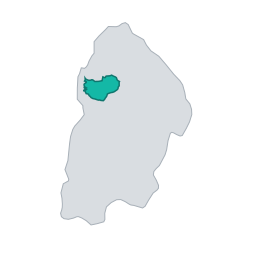 where Daga sits in Bhutan, rotated 102°
{"feature_id": "BTN-2434", "entity_name": "Daga", "entity_type": "District", "adm_level": 1, "iso_a3": "BTN", "parent_name": "Bhutan", "parent_adm1": "", "projection": "natural_earth1", "projection_center": [89.858, 27.036], "detail": "fine", "context": "in_parent", "style": "filled", "palette": "teal", "viewbox_px": 256, "rotation_deg": 102, "n_neighbors": 0, "source": "natural_earth", "source_scale": "10m", "svg_char_len": 2672}
<svg xmlns="http://www.w3.org/2000/svg" viewBox="0 0 256 256"><g transform="rotate(102 128 128)"><path d="M202.7,109.2L202.3,110.9L200.6,115.4L199.5,120.2L200.5,124.2L204.4,128.9L209.6,132.7L216.2,133.0L222.3,131.6L224.8,132.2L228.1,138.5L230.5,144.0L227.3,149.6L225.6,154.6L225.0,158.1L225.4,159.6L227.4,162.5L229.7,167.3L230.0,171.8L228.6,174.7L225.4,176.2L222.1,175.8L219.3,175.8L215.9,176.4L210.4,178.0L205.4,180.1L196.0,179.7L192.2,175.3L190.4,175.3L181.8,181.0L172.4,180.0L155.3,181.9L148.2,182.4L140.9,181.7L137.2,180.5L130.3,176.5L124.0,173.6L117.7,176.3L115.5,176.8L110.4,183.6L99.3,185.9L88.3,187.6L85.1,186.7L78.9,186.2L78.7,184.6L78.8,183.1L77.4,181.8L74.9,180.6L70.6,180.0L65.0,178.3L61.9,176.7L50.6,179.1L44.0,175.5L36.5,170.5L32.8,168.3L31.4,160.6L30.1,158.2L27.1,155.5L25.5,152.5L26.8,149.3L34.3,143.5L34.9,142.1L38.3,131.1L43.1,127.2L47.8,121.6L51.4,112.8L58.3,103.8L65.8,94.6L71.0,87.0L74.5,83.5L81.6,79.8L87.5,77.5L91.6,72.5L96.6,69.7L101.6,68.4L109.2,69.1L116.3,70.9L124.1,73.4L125.0,75.4L124.3,79.0L123.2,82.6L123.2,84.5L124.4,85.5L132.0,86.2L141.3,85.7L146.6,86.2L158.2,89.5L161.7,91.9L165.2,93.7L168.7,93.4L173.1,89.5L177.8,86.2L180.6,85.7L182.7,86.7L186.4,89.9L194.1,92.8L201.0,95.0L203.2,97.1L202.5,106.2L202.7,109.2Z" fill="#d9dde1" stroke="#a8b0b8" stroke-width="1"/><path d="M88.6,145.4L89.9,146.1L91.7,146.0L92.2,146.2L93.1,146.8L93.9,147.6L95.2,148.8L95.8,149.6L96.2,150.3L96.4,150.6L96.7,151.5L97.5,153.1L98.9,155.2L101.5,155.5L103.9,156.6L104.8,156.8L106.4,157.8L106.7,160.3L106.4,161.5L106.8,162.2L106.8,163.9L106.5,166.2L106.5,166.4L106.5,168.6L105.9,170.5L104.9,171.7L104.4,172.8L103.3,173.5L103.1,174.0L103.1,174.4L103.0,175.0L103.0,175.3L103.1,176.0L100.8,177.8L100.6,178.1L100.4,178.5L100.5,178.6L100.8,178.8L100.8,179.0L100.5,179.1L100.2,179.0L99.9,178.8L99.7,178.5L99.7,178.0L99.5,177.4L99.3,176.9L98.8,176.5L98.6,176.4L98.4,176.6L98.4,177.3L98.4,177.8L98.2,178.4L97.9,179.0L97.7,179.2L97.5,179.3L97.3,179.2L97.2,179.0L97.2,178.8L97.1,178.6L97.0,178.2L96.7,179.1L96.3,179.4L94.8,180.0L94.2,180.0L93.8,179.8L93.1,179.1L92.7,178.7L91.9,178.3L91.5,178.4L91.4,178.5L91.4,179.1L91.4,179.4L91.3,179.7L91.2,179.9L91.1,180.3L90.3,179.9L90.1,179.9L89.6,179.9L89.3,180.0L88.2,180.3L88.6,179.9L88.7,179.7L89.1,178.8L89.2,178.3L89.4,177.4L89.5,176.4L89.4,175.7L89.1,174.7L88.4,173.6L88.3,173.3L88.3,172.4L89.4,170.1L88.6,166.8L88.3,165.9L87.1,163.2L83.2,163.2L83.4,162.2L83.5,161.9L83.6,161.5L83.3,160.7L81.8,160.2L80.7,156.5L79.7,155.0L80.3,153.0L80.6,151.3L80.9,150.4L81.2,149.9L81.5,149.6L81.8,149.4L82.5,149.1L82.9,148.9L83.4,148.3L83.8,147.6L84.3,146.0L85.0,146.2L88.6,145.4Z" fill="#14b8a6" stroke="#0f766e" stroke-width="1.5"/></g></svg>